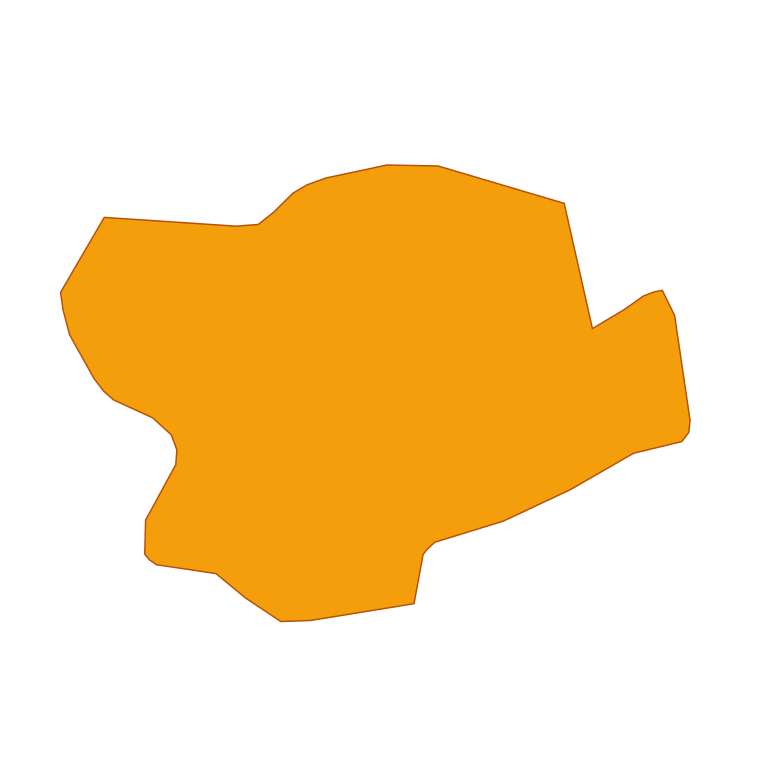 SVG path tracing the border of Phnom Penh, rotated 78°
{"feature_id": "KHM-1789", "entity_name": "Phnom Penh", "entity_type": "Municipality", "adm_level": 1, "iso_a3": "KHM", "parent_name": "Cambodia", "parent_adm1": "", "projection": "mercator", "projection_center": [104.875, 11.558], "detail": "fine", "context": "isolated", "style": "filled", "palette": "amber", "viewbox_px": 768, "rotation_deg": 78, "n_neighbors": 0, "source": "natural_earth", "source_scale": "10m", "svg_char_len": 704}
<svg xmlns="http://www.w3.org/2000/svg" viewBox="0 0 768 768"><g transform="rotate(78 384 384)"><path d="M377.5,85.5L483.4,92.2L494.8,96.0L502.2,104.6L503.6,154.3L526.0,223.4L542.9,295.7L549.3,367.1L554.7,376.3L558.9,381.2L605.1,400.3L600.0,505.4L594.9,534.3L564.7,563.8L534.5,587.8L513.6,643.9L507.3,650.0L500.7,653.4L467.6,645.5L419.5,604.4L405.4,600.3L389.6,602.6L369.1,617.2L343.3,651.9L332.6,659.8L318.4,666.5L270.5,681.3L244.8,682.5L227.1,681.3L162.9,623.0L198.9,495.7L201.8,473.8L193.0,456.2L178.3,433.2L173.1,417.6L170.4,397.6L170.4,335.6L182.0,285.8L244.8,170.2L373.1,168.6L361.3,134.0L351.7,111.5L350.0,99.9L350.3,92.3L377.5,85.5Z" fill="#f59e0b" stroke="#b45309" stroke-width="1.5"/></g></svg>